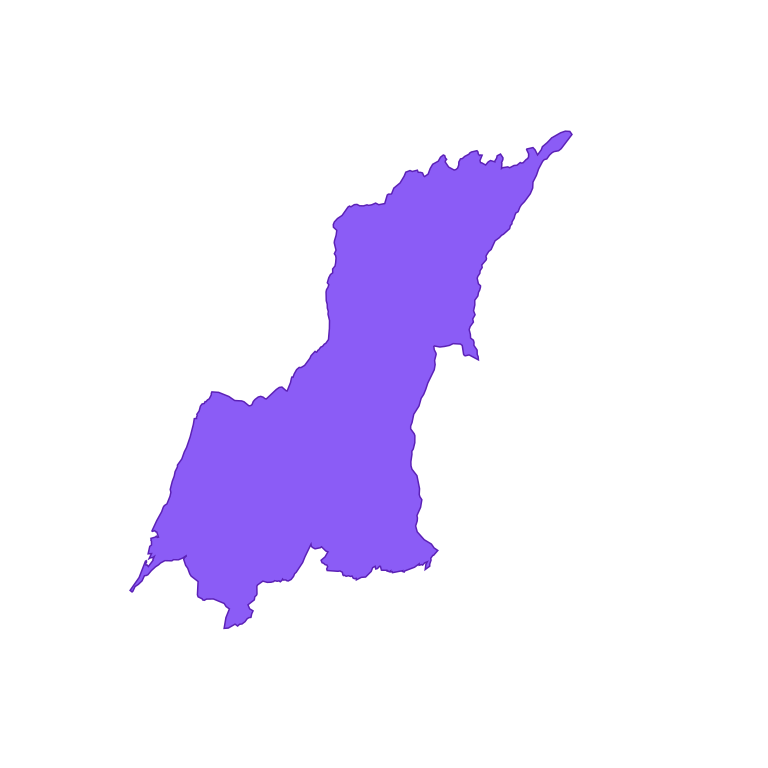 Copacabana, Antioquia, Colombia (Equal Earth projection), rotated 34°
{"feature_id": "7082276B76500841891057", "entity_name": "Copacabana", "entity_type": "district", "adm_level": 2, "iso_a3": "COL", "parent_name": "Colombia", "parent_adm1": "Antioquia", "projection": "equal_earth", "projection_center": [-75.502, 6.36], "detail": "fine", "context": "isolated", "style": "filled", "palette": "violet", "viewbox_px": 768, "rotation_deg": 34, "n_neighbors": 0, "source": "geoboundaries", "source_scale": "gbopen_adm2", "svg_char_len": 6159}
<svg xmlns="http://www.w3.org/2000/svg" viewBox="0 0 768 768"><g transform="rotate(34 384 384)"><path d="M521.7,491.9L517.2,491.9L512.8,490.2L504.4,490.6L494.2,488.0L489.6,484.0L488.1,478.9L486.6,476.3L484.9,474.7L483.3,465.8L480.1,458.8L476.8,457.4L475.0,455.9L472.0,450.9L462.6,441.6L454.8,439.0L452.2,436.8L449.8,433.5L446.5,426.7L444.7,424.2L444.6,421.5L442.4,415.5L438.5,409.6L436.9,408.4L431.2,406.3L429.6,403.9L428.8,400.3L425.6,392.5L425.3,382.7L422.8,375.1L422.7,370.4L421.6,365.1L419.8,358.8L417.7,344.1L415.6,339.4L412.8,336.2L410.7,330.4L409.9,329.4L406.5,327.5L404.3,325.0L404.5,324.3L409.6,322.1L413.1,319.1L416.7,315.4L418.7,311.9L425.1,308.1L427.3,308.3L433.3,314.8L434.7,315.4L435.6,315.2L438.3,312.3L448.8,311.2L446.8,308.7L444.8,307.4L442.2,303.8L436.9,301.7L435.3,299.1L433.6,297.7L430.1,297.5L427.9,294.6L424.2,291.3L423.3,288.1L423.5,282.7L421.2,280.5L420.8,275.7L417.3,273.2L415.1,267.7L412.4,263.8L412.6,258.5L411.1,255.2L410.8,252.6L409.8,249.7L409.1,248.6L406.2,248.1L402.1,244.2L401.6,242.3L401.6,238.7L400.3,236.3L400.3,232.6L398.5,230.6L399.3,223.9L398.8,222.6L397.4,221.5L396.9,220.3L396.7,215.6L397.6,212.6L396.0,203.2L397.8,198.2L398.3,195.0L399.3,193.0L401.3,185.0L400.2,182.1L400.5,179.7L399.5,178.0L399.2,173.8L398.2,171.0L397.7,168.5L398.8,166.2L397.8,161.5L397.7,158.7L398.5,154.2L398.9,144.5L397.7,138.4L394.6,133.3L393.7,125.9L391.9,119.2L391.0,110.7L391.4,108.3L393.1,106.4L393.2,101.7L393.9,98.5L394.9,96.4L398.3,93.0L399.3,89.8L400.3,72.0L396.8,70.7L392.9,73.0L389.9,77.0L385.4,86.1L384.3,92.7L382.6,98.7L383.4,101.8L383.2,108.2L378.3,105.4L375.3,104.7L371.0,109.3L371.1,109.9L375.2,112.3L376.9,115.0L377.0,116.8L376.3,118.5L375.6,122.8L374.3,124.1L373.1,124.2L371.9,128.3L369.6,130.1L367.3,134.4L365.2,134.8L361.3,138.4L360.9,139.6L358.5,135.4L357.7,134.8L357.1,131.6L356.2,130.0L352.0,128.2L350.2,131.5L351.1,133.9L351.2,137.0L351.7,137.8L347.3,139.2L346.2,141.6L345.8,145.6L341.3,146.0L340.3,146.5L338.6,145.1L337.4,139.4L335.9,140.2L335.4,141.1L333.4,140.5L332.2,139.1L330.6,138.6L326.7,142.8L325.9,144.6L325.9,146.0L323.6,150.3L322.9,153.3L321.5,154.6L321.9,158.1L323.5,160.7L324.3,163.9L323.7,166.0L322.5,167.4L316.3,168.0L310.6,165.7L310.1,164.5L310.3,162.7L308.6,162.3L306.6,160.7L305.1,161.0L304.0,164.4L304.4,168.9L301.5,174.6L301.8,179.5L303.2,185.3L301.7,189.3L300.5,189.2L297.9,187.5L295.9,188.1L294.0,189.4L292.1,188.1L288.6,192.0L286.2,192.5L283.6,196.2L284.5,200.5L284.9,208.3L282.6,216.1L283.9,221.9L283.6,222.7L281.5,224.1L281.0,225.5L283.7,234.0L279.4,238.3L275.9,238.7L273.6,242.3L271.4,244.5L269.7,245.0L267.4,247.8L264.1,249.9L261.2,250.2L259.1,251.9L257.5,255.6L255.9,255.8L255.2,257.4L255.0,267.7L252.9,272.8L252.2,277.4L252.8,280.2L254.4,282.3L258.9,283.0L261.1,287.4L262.9,293.1L263.8,294.8L269.4,299.9L270.0,303.8L272.1,304.6L273.8,306.4L276.2,310.7L277.4,313.5L277.1,317.4L279.3,320.5L278.4,323.2L278.8,326.8L280.4,331.8L282.7,332.5L283.5,335.2L283.6,337.9L284.5,340.1L289.6,347.3L292.3,349.6L294.6,352.8L297.2,354.9L298.5,357.4L303.3,361.8L307.7,368.5L313.1,378.2L313.0,382.7L312.2,384.4L312.0,387.1L310.9,388.9L310.8,392.2L310.3,393.1L310.5,394.6L310.2,395.5L308.6,395.5L307.9,399.9L307.7,401.4L308.2,404.2L307.8,413.0L306.0,416.8L304.4,417.7L303.5,420.9L303.9,425.8L304.8,429.3L303.8,429.6L304.0,430.9L305.7,435.1L307.6,443.9L306.7,444.3L301.1,443.6L299.1,445.4L297.8,448.7L294.8,462.1L293.6,462.7L291.2,462.5L288.7,463.2L287.0,465.1L285.7,469.0L285.4,471.6L286.1,474.8L285.8,476.0L284.8,477.2L284.1,477.6L277.9,477.0L275.5,477.6L269.4,481.2L262.4,481.1L251.6,483.4L245.7,486.8L246.0,488.2L246.9,489.7L247.4,494.0L246.5,496.1L246.4,498.1L245.5,498.7L245.9,500.6L244.3,502.4L244.2,505.1L245.8,509.7L245.8,513.8L246.8,514.6L247.1,516.4L247.9,517.4L246.1,518.8L248.5,524.0L252.9,536.3L255.8,547.0L256.4,551.9L258.3,559.2L258.1,566.7L259.1,568.2L259.8,573.4L261.6,577.7L262.9,583.1L265.7,590.9L267.9,593.0L269.4,596.8L271.1,604.8L269.9,607.6L269.9,609.5L271.1,614.3L272.0,624.4L273.8,635.6L274.4,635.7L275.9,633.8L277.3,634.2L278.4,633.8L282.7,637.1L281.8,638.0L280.3,637.5L280.0,638.8L277.1,642.3L277.7,642.6L278.0,643.8L279.1,644.3L281.3,647.5L280.6,649.6L283.4,656.7L286.1,654.6L286.9,660.1L287.7,658.5L289.4,657.2L290.0,655.6L290.6,658.8L291.1,659.3L290.7,667.1L288.9,666.5L288.0,667.2L286.5,665.7L286.9,664.9L286.6,664.2L285.7,663.5L285.3,664.3L289.2,681.4L288.9,697.1L291.4,697.3L291.7,696.3L290.9,691.2L292.4,687.5L293.5,682.5L292.6,676.9L294.0,675.7L294.9,674.2L295.5,668.8L296.8,663.3L298.2,660.0L298.8,657.4L301.1,653.0L307.0,649.2L307.7,647.4L311.9,644.7L314.6,640.6L316.0,637.0L316.3,637.3L315.7,639.5L316.0,641.4L321.0,645.3L324.3,646.5L329.1,650.0L331.5,651.1L340.3,651.7L347.2,663.1L348.9,664.4L353.4,663.8L354.4,664.4L356.0,663.8L357.1,661.6L362.8,657.6L374.2,655.3L377.5,656.8L381.6,656.9L383.6,666.1L388.1,676.0L391.4,673.4L394.8,666.4L398.0,666.5L398.6,664.0L400.5,662.3L401.7,658.7L401.8,655.3L402.6,653.3L404.2,651.9L402.8,648.4L402.3,645.3L398.3,645.5L394.7,643.1L397.2,635.5L395.9,632.7L396.4,630.3L396.1,629.1L391.7,622.8L391.5,621.4L393.8,615.2L398.2,613.7L401.2,611.5L403.0,609.5L403.3,608.2L405.7,607.3L407.1,605.9L408.6,606.0L409.2,603.9L409.0,602.4L410.2,602.8L412.2,601.3L413.1,601.5L414.7,600.9L416.3,598.0L416.6,594.2L416.0,591.2L416.5,589.2L416.4,577.5L415.1,571.5L413.1,557.7L414.4,559.1L416.0,559.5L419.0,559.2L422.8,555.3L423.2,553.9L429.2,555.0L431.4,554.5L431.8,560.3L430.4,565.3L432.6,566.8L434.1,566.4L436.3,566.7L437.8,566.0L439.5,567.0L439.9,569.4L441.2,570.4L450.6,565.0L452.1,563.6L454.8,563.4L456.6,565.2L457.5,565.5L458.3,564.7L460.1,564.6L461.8,562.8L463.8,562.3L464.9,561.1L467.1,562.2L468.4,561.9L469.6,560.7L470.6,561.9L473.3,557.0L476.7,554.3L478.2,546.6L477.3,542.6L478.6,540.1L480.6,542.0L481.8,540.6L482.2,537.6L483.0,537.2L486.0,539.8L490.6,536.8L491.1,536.7L491.1,537.3L493.5,536.6L494.0,535.2L494.5,536.1L495.7,535.0L496.5,535.7L503.9,528.3L504.1,529.1L505.9,528.6L505.8,527.3L511.8,518.8L513.7,513.4L514.5,514.6L516.3,512.6L517.3,512.5L517.7,509.6L519.3,507.2L519.6,510.1L521.9,514.8L523.8,509.5L522.6,507.7L521.5,503.7L520.2,502.3L520.3,498.8L520.9,498.3L521.7,491.9Z" fill="#8b5cf6" stroke="#5b21b6" stroke-width="1.5"/></g></svg>